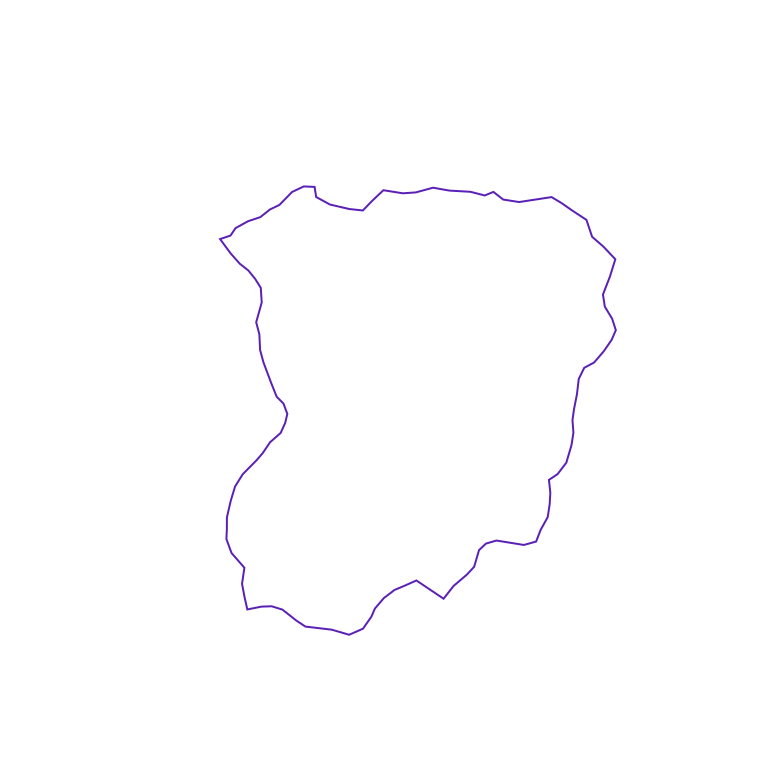 Catiguá, São Paulo, Brazil, rotated 133°
{"feature_id": "56859067B52340908889557", "entity_name": "Catiguá", "entity_type": "district", "adm_level": 2, "iso_a3": "BRA", "parent_name": "Brazil", "parent_adm1": "São Paulo", "projection": "albers", "projection_center": [-49.049, -21.07], "detail": "fine", "context": "isolated", "style": "outline", "palette": "violet", "viewbox_px": 768, "rotation_deg": 133, "n_neighbors": 0, "source": "geoboundaries", "source_scale": "gbopen_adm2", "svg_char_len": 1474}
<svg xmlns="http://www.w3.org/2000/svg" viewBox="0 0 768 768"><g transform="rotate(133 384 384)"><path d="M642.1,330.2L630.4,321.8L623.2,314.6L618.3,304.5L616.8,286.7L615.0,276.0L599.4,254.8L591.2,238.5L577.3,232.5L562.9,234.5L554.4,237.5L540.6,238.1L527.6,235.9L518.7,231.9L505.6,226.3L500.4,194.0L484.3,195.4L467.0,193.4L456.2,193.4L440.7,201.2L431.2,200.6L421.8,195.0L406.3,171.9L395.5,165.3L384.0,169.9L369.7,173.5L358.7,181.0L350.1,188.2L341.6,198.0L331.5,195.6L317.2,197.0L300.8,205.2L290.4,212.3L281.9,221.5L273.1,227.7L259.9,235.9L247.5,245.0L235.6,248.6L225.0,245.0L210.3,245.6L196.5,247.6L186.5,251.2L180.7,261.6L176.8,275.3L169.2,284.9L151.2,292.1L135.0,299.9L133.9,317.2L134.4,332.2L125.9,347.9L128.7,364.2L130.6,377.6L133.0,388.9L145.4,398.7L158.8,409.3L167.8,422.6L168.9,435.0L177.4,438.9L184.5,451.9L197.9,468.0L207.0,482.0L222.3,491.5L231.7,500.3L242.7,516.6L258.9,517.6L271.5,517.8L279.9,529.0L289.6,545.9L293.5,561.1L287.2,569.2L294.2,577.4L306.3,582.2L324.3,582.6L334.0,586.4L346.4,588.3L357.8,594.5L371.2,598.9L380.1,597.5L389.8,602.7L393.1,585.2L394.4,571.4L393.5,560.6L395.0,549.9L397.7,539.7L407.8,529.0L426.0,519.6L432.7,509.0L443.7,497.7L450.4,486.9L460.2,467.2L466.5,453.8L466.9,444.1L471.8,434.3L479.9,429.7L490.3,426.2L504.3,427.6L517.1,425.6L526.6,425.2L546.3,425.8L560.6,423.0L574.0,416.4L588.7,407.9L597.8,399.5L604.9,393.5L611.6,380.2L613.6,360.8L627.0,351.5L634.5,341.3L642.1,330.2Z" fill="none" stroke="#5b21b6" stroke-width="2"/></g></svg>